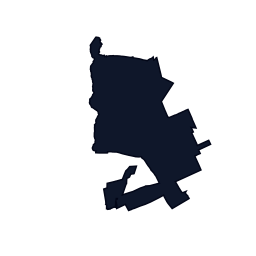 Odobesti, Vrancea, Romania (Mercator projection), rotated 55°
{"feature_id": "2599482B34308784791861", "entity_name": "Odobesti", "entity_type": "district", "adm_level": 2, "iso_a3": "ROU", "parent_name": "Romania", "parent_adm1": "Vrancea", "projection": "mercator", "projection_center": [27.113, 45.751], "detail": "fine", "context": "isolated", "style": "filled", "palette": "ink", "viewbox_px": 256, "rotation_deg": 55, "n_neighbors": 0, "source": "geoboundaries", "source_scale": "gbopen_adm2", "svg_char_len": 5665}
<svg xmlns="http://www.w3.org/2000/svg" viewBox="0 0 256 256"><g transform="rotate(55 128 128)"><path d="M178.1,190.0L178.9,189.7L181.9,191.9L182.3,191.4L182.5,190.9L183.0,191.2L183.3,190.7L183.3,190.3L183.6,190.1L184.1,189.0L183.9,188.9L184.1,187.8L184.2,187.7L184.7,185.1L184.8,184.8L185.7,183.9L185.1,183.5L183.6,182.0L180.7,179.9L179.1,178.0L179.7,177.2L180.1,177.7L179.4,178.2L179.6,178.3L179.9,178.7L179.9,178.8L180.7,179.6L182.3,180.7L182.5,180.4L183.0,180.7L183.7,181.3L183.8,181.0L184.6,181.2L186.0,182.4L186.6,183.0L187.2,183.3L187.4,183.4L189.0,174.0L195.9,174.8L196.7,171.9L196.7,171.5L196.9,170.3L197.3,169.3L197.6,168.2L198.7,163.4L199.1,161.9L200.3,157.8L201.5,152.0L202.9,142.2L203.2,139.5L203.4,137.3L204.1,137.4L204.6,137.6L205.0,137.7L210.2,138.3L211.7,138.4L212.8,138.4L219.3,138.0L220.8,118.5L220.5,118.5L220.3,118.3L219.2,118.4L217.9,118.0L217.7,118.0L216.9,118.2L215.4,118.4L214.0,118.3L213.8,118.0L213.2,116.8L212.5,119.9L212.3,120.2L211.9,120.6L211.8,120.9L211.7,120.9L207.2,120.7L206.3,120.7L205.6,120.6L199.1,120.0L204.2,92.3L199.8,91.4L199.3,91.3L189.5,89.5L189.3,89.4L189.3,89.0L189.5,88.3L189.7,86.2L190.0,84.8L190.2,84.0L190.3,83.5L186.4,82.8L188.7,69.7L184.4,69.0L182.1,81.2L180.0,80.7L177.1,80.2L176.8,80.1L176.1,80.0L174.5,79.7L173.2,79.5L172.8,79.4L168.4,78.6L168.7,76.8L163.7,76.0L167.0,72.3L162.1,71.3L156.8,70.3L156.8,70.1L147.2,68.2L146.7,70.3L146.4,72.6L146.1,73.8L145.7,76.3L145.3,77.7L145.2,78.5L145.1,79.8L145.0,80.1L144.7,81.5L144.4,82.1L144.2,83.1L143.1,88.3L141.7,89.1L135.5,87.8L135.3,87.8L125.4,85.5L117.3,65.2L115.5,66.1L105.8,71.6L103.5,70.6L86.8,64.1L86.7,64.6L86.7,64.8L86.8,65.1L87.3,65.7L87.2,67.9L84.3,66.7L84.4,67.3L84.5,68.7L84.4,69.4L84.0,70.4L83.9,71.8L83.9,73.7L83.7,73.7L81.1,76.4L79.8,77.4L78.1,78.8L73.4,83.6L73.0,83.7L72.7,83.3L72.5,83.5L72.3,83.8L72.4,84.4L72.1,84.8L70.8,86.5L70.6,86.6L67.1,90.3L66.5,91.0L65.4,92.4L65.3,92.5L64.2,93.6L63.3,94.8L62.7,95.5L61.3,97.6L60.8,98.1L60.4,98.4L59.5,100.0L59.1,100.5L58.5,101.4L57.5,103.3L57.4,103.7L57.3,104.2L57.3,104.6L56.6,104.4L56.3,106.1L54.9,105.7L54.3,107.1L53.2,107.9L52.8,108.1L52.6,108.5L51.2,109.5L50.9,109.5L50.5,109.6L50.0,109.3L49.7,108.8L49.2,108.4L49.3,108.3L49.5,108.1L49.5,107.9L49.3,107.8L48.7,107.4L48.3,107.3L47.9,107.3L47.3,107.1L46.9,106.0L46.2,105.3L46.1,105.0L45.6,104.3L45.8,103.8L45.8,103.6L45.4,103.0L44.5,102.4L44.5,102.1L44.5,101.4L44.4,101.2L43.1,101.2L42.5,101.8L42.3,101.9L41.8,101.5L41.4,101.3L40.3,100.9L40.4,100.2L40.2,100.1L39.9,100.0L39.7,100.1L39.3,100.4L39.2,100.4L38.3,99.7L37.5,100.0L36.7,100.5L36.1,101.2L35.7,101.6L35.3,102.0L35.2,102.3L38.6,111.4L38.9,111.6L39.3,111.6L40.2,112.2L40.3,112.2L40.8,112.6L41.3,112.9L41.6,113.1L41.7,113.6L42.1,113.7L42.2,113.8L42.6,113.9L43.5,114.7L44.0,114.8L44.9,115.2L45.5,115.2L45.8,115.4L47.3,115.7L48.7,116.5L49.0,116.5L49.5,116.4L50.4,116.3L50.7,116.1L51.0,115.7L51.3,115.6L51.5,115.5L52.1,115.8L52.8,116.5L53.2,117.1L53.4,117.6L53.5,118.3L54.3,118.6L54.7,119.0L54.8,119.1L54.8,119.7L54.9,120.1L55.1,120.5L55.3,120.8L55.8,122.7L56.3,123.3L56.6,123.7L56.9,123.9L57.4,124.0L57.6,124.1L57.9,124.6L58.1,125.0L58.5,125.0L59.2,125.4L59.7,125.6L60.3,126.0L60.6,125.9L60.8,126.0L60.9,125.8L61.1,125.9L62.4,126.8L63.5,127.4L63.8,127.7L64.1,128.1L64.3,128.1L64.8,128.5L65.9,128.8L66.2,128.7L66.8,128.9L67.3,129.2L67.6,129.4L67.9,129.3L68.4,129.5L69.7,130.3L70.6,130.7L71.2,130.7L71.4,130.9L71.8,131.0L72.1,131.5L73.1,132.4L73.9,133.3L74.9,133.6L75.2,133.8L76.2,134.7L77.1,135.3L77.5,135.5L78.9,135.4L79.5,135.5L80.1,136.3L80.3,136.8L80.4,137.5L80.7,138.0L81.3,138.7L81.7,139.5L81.9,140.2L82.3,140.5L82.3,142.3L82.5,142.7L82.9,142.9L83.0,143.2L83.2,143.4L84.2,143.7L84.6,144.5L84.9,144.8L85.4,145.1L86.4,145.5L86.7,145.4L86.9,145.3L87.2,145.3L87.7,145.4L88.3,145.4L89.1,145.5L89.5,145.8L90.0,145.8L90.7,145.6L91.5,144.9L92.3,144.8L92.6,144.6L93.8,144.3L94.3,143.8L95.3,143.8L95.9,143.3L96.4,143.3L96.7,143.2L97.5,143.1L98.9,143.9L100.1,143.9L101.2,146.3L102.0,147.5L102.4,148.4L103.0,149.7L104.4,150.7L104.8,150.9L105.2,150.9L105.4,151.0L105.7,151.4L106.0,152.4L106.2,153.3L106.3,153.7L106.6,153.8L106.9,153.7L107.5,154.2L107.9,154.8L111.0,156.8L111.7,157.0L111.9,157.5L112.8,158.4L115.7,160.5L117.3,161.1L118.5,161.3L118.9,161.5L119.4,161.8L119.8,162.2L120.2,162.5L120.5,163.0L121.5,163.5L121.6,163.8L121.8,165.3L121.8,165.8L122.2,166.2L122.7,166.8L123.1,167.5L123.3,167.6L123.6,168.3L124.2,168.8L124.5,168.8L125.1,169.1L126.4,169.2L128.6,167.4L128.7,167.8L129.6,168.5L129.8,168.6L131.8,166.0L136.5,159.3L136.6,159.0L135.8,158.3L137.0,156.4L137.9,155.2L138.7,154.4L140.8,151.6L141.3,150.9L142.2,150.2L143.2,149.3L145.3,147.7L145.7,147.4L147.4,145.9L150.8,142.9L154.4,139.5L155.2,138.8L155.3,138.7L155.6,138.5L157.8,135.8L159.0,133.7L159.3,133.5L160.1,133.8L160.4,133.8L163.0,132.9L163.5,132.9L165.8,132.9L168.2,133.1L168.8,133.0L169.6,133.1L170.7,133.1L172.2,133.0L174.2,133.0L175.1,133.1L175.9,133.3L176.8,133.1L177.1,133.0L177.6,132.9L178.4,132.9L178.9,132.7L180.9,132.7L181.4,132.8L181.9,132.8L182.8,132.7L183.5,132.7L191.2,133.9L189.7,138.1L187.8,143.3L185.6,146.9L185.6,147.8L184.3,152.3L182.9,160.4L182.0,163.1L181.4,165.0L180.4,168.3L180.0,169.5L179.6,171.0L174.4,163.9L173.0,162.0L172.8,161.6L172.8,161.2L170.3,159.3L169.0,158.2L168.5,157.6L168.9,156.4L168.9,155.6L169.0,154.9L167.3,152.3L167.6,151.9L167.5,151.7L168.6,149.9L168.6,149.6L168.8,149.2L164.5,143.5L164.1,143.0L160.6,148.7L161.5,151.8L161.6,152.3L161.8,154.0L161.9,154.4L162.1,154.7L164.0,157.7L167.0,162.2L166.7,162.6L164.9,167.8L164.4,169.0L164.1,170.0L161.4,176.8L165.1,179.6L164.1,182.9L175.0,188.1L176.4,188.9L177.6,189.7L178.1,189.9L178.1,190.0Z" fill="#0f172a" stroke="#020617" stroke-width="1.5"/></g></svg>